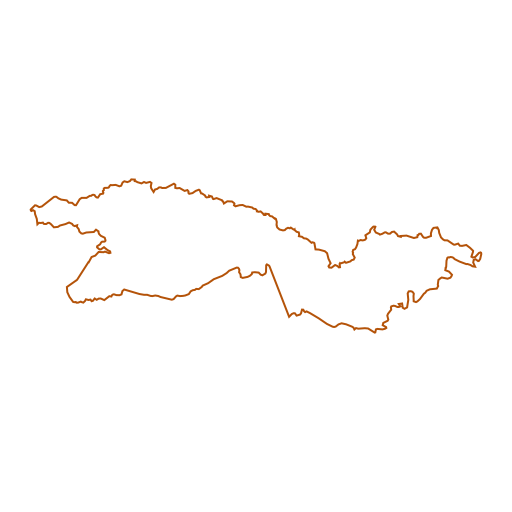 Teocelo, Veracruz, Mexico
{"feature_id": "50627088B17897683861413", "entity_name": "Teocelo", "entity_type": "district", "adm_level": 2, "iso_a3": "MEX", "parent_name": "Mexico", "parent_adm1": "Veracruz", "projection": "orthographic", "projection_center": [-96.937, 19.373], "detail": "fine", "context": "isolated", "style": "outline", "palette": "amber", "viewbox_px": 512, "rotation_deg": 0, "n_neighbors": 0, "source": "geoboundaries", "source_scale": "gbopen_adm2", "svg_char_len": 6036}
<svg xmlns="http://www.w3.org/2000/svg" viewBox="0 0 512 512"><path d="M475.5,259.2L478.1,261.1L478.9,260.9L480.2,258.9L481.3,254.0L481.1,252.8L480.5,252.4L479.0,252.9L475.2,257.0L472.8,257.5L471.4,256.7L473.0,251.9L473.1,250.8L470.0,247.8L466.3,245.0L462.0,245.9L459.8,245.7L458.2,243.6L454.8,244.7L453.7,244.6L447.5,240.4L444.5,240.3L443.0,239.4L441.0,237.4L439.2,232.9L438.8,230.1L437.5,227.6L436.9,228.0L436.6,227.5L433.5,227.9L432.0,229.8L430.9,233.4L431.0,236.0L426.0,237.8L424.0,237.7L423.0,236.9L420.9,233.7L419.2,233.8L418.3,235.1L417.6,235.1L417.3,237.2L413.9,238.0L406.5,235.6L400.6,236.0L400.7,236.8L398.0,236.1L397.1,234.4L394.1,231.6L391.9,232.0L390.0,233.7L388.1,233.7L385.8,232.3L384.7,232.4L382.3,233.8L379.9,234.6L379.3,234.0L375.8,232.5L374.2,229.8L375.7,226.0L375.1,226.7L373.4,226.6L372.5,227.4L370.4,229.7L369.8,232.4L365.4,235.3L366.3,238.2L365.3,239.6L363.8,240.2L362.3,240.4L360.7,240.0L358.7,240.9L357.9,240.6L357.4,244.1L356.1,247.5L355.0,249.2L353.2,249.9L352.6,251.8L353.1,252.7L352.8,254.1L354.7,257.6L353.7,259.6L351.6,260.2L350.4,261.4L346.0,262.8L344.7,261.7L344.4,262.2L340.3,263.5L340.0,263.2L339.6,263.9L340.0,267.2L338.9,267.4L337.4,266.0L335.1,265.0L331.5,267.7L329.2,267.5L328.5,266.2L330.6,263.2L328.5,258.8L327.1,253.2L324.8,251.2L318.9,249.6L315.5,249.4L314.4,243.2L314.1,242.8L312.5,242.3L311.5,242.8L307.8,239.5L306.2,238.6L303.9,238.3L302.0,236.8L298.9,236.2L299.2,234.5L298.8,232.4L296.6,231.8L294.7,230.1L294.6,229.5L294.3,229.8L293.4,229.4L290.8,227.6L289.8,228.3L288.0,227.8L286.2,228.7L284.8,230.1L283.0,230.4L279.5,229.5L277.4,227.6L276.9,226.7L276.8,225.3L276.5,225.0L276.8,222.0L275.9,218.9L274.9,218.3L274.6,218.6L272.1,216.4L270.2,216.1L269.1,215.1L268.8,214.1L265.5,213.7L265.5,215.0L264.0,215.0L263.5,214.5L263.6,214.1L260.6,211.4L258.7,211.8L257.0,211.4L257.2,210.8L255.6,209.0L253.5,208.7L252.2,207.5L248.0,206.6L246.3,206.7L242.7,205.0L239.5,205.2L235.5,206.3L234.0,205.3L234.5,203.8L234.1,203.1L232.0,201.5L227.3,201.3L223.9,203.5L223.3,201.9L222.6,201.4L222.7,201.1L222.1,200.3L216.6,198.1L213.5,199.1L213.0,198.9L211.9,196.5L209.1,195.7L209.3,197.0L206.5,197.4L205.4,196.6L205.2,195.6L202.1,193.5L201.1,193.4L199.7,190.2L198.9,189.7L195.7,190.9L192.5,193.1L189.2,193.8L188.4,192.9L188.5,191.4L187.4,190.1L184.6,190.9L179.6,188.0L177.0,188.3L175.3,187.9L175.3,184.7L173.9,183.7L165.9,187.9L162.1,188.0L160.9,187.4L159.1,187.4L157.2,188.9L155.0,189.5L153.6,192.0L151.2,188.3L150.8,186.1L151.5,183.0L150.0,181.9L146.1,182.9L144.0,182.0L141.5,183.4L137.2,182.1L136.3,181.4L134.7,181.1L134.8,179.6L131.3,179.4L129.9,181.1L127.4,182.1L124.3,181.3L122.6,182.5L121.2,185.7L119.4,186.3L115.7,184.9L111.9,185.2L110.7,185.0L109.8,185.7L108.8,187.4L108.0,187.8L104.7,187.9L103.8,188.5L103.8,190.2L102.9,190.9L102.9,191.7L103.4,192.8L103.1,193.6L100.2,194.2L97.9,197.6L96.6,197.4L95.4,196.4L94.6,195.1L93.7,194.8L92.4,194.9L91.2,195.8L89.7,195.9L86.5,197.9L81.6,197.9L79.7,199.2L76.0,205.2L74.6,205.1L72.1,202.8L68.8,202.7L66.8,200.4L61.2,199.6L58.3,198.3L56.4,196.8L55.5,196.7L54.0,196.9L41.8,206.5L39.2,207.1L36.3,205.5L35.0,205.3L30.7,209.5L30.9,210.6L31.5,211.0L33.1,210.2L34.7,211.2L35.1,214.2L36.8,218.9L37.4,224.3L38.9,222.8L40.9,223.0L42.9,222.6L43.7,223.8L44.7,224.0L46.2,224.0L48.1,222.8L49.3,222.9L50.9,224.1L53.9,227.3L57.9,226.9L60.0,225.5L65.4,224.1L69.1,222.5L72.1,223.9L73.2,225.4L74.7,226.1L77.1,225.3L76.8,226.7L78.7,229.1L79.4,231.6L81.3,233.4L82.8,233.7L86.3,232.5L93.8,232.0L96.0,229.7L98.5,231.4L98.5,232.4L99.1,234.0L100.8,235.8L104.7,237.7L105.5,240.3L105.3,241.0L104.6,241.6L102.1,241.7L101.1,242.5L100.1,244.3L97.1,246.3L97.1,247.4L99.5,249.4L100.8,249.4L104.0,247.2L107.4,250.0L110.1,251.4L110.4,252.8L109.0,253.2L105.0,251.6L103.6,252.2L98.6,252.0L95.3,255.6L91.6,257.0L88.7,262.3L88.4,262.2L77.1,279.8L66.9,287.0L67.3,292.2L69.5,296.9L73.1,301.9L74.3,302.2L75.8,302.0L76.4,302.7L77.9,302.7L80.8,301.6L81.6,302.1L83.3,302.6L85.0,301.0L85.9,299.3L88.5,300.0L90.5,299.6L91.6,301.2L92.9,300.8L94.7,298.5L96.7,299.8L98.7,298.6L100.7,298.5L104.3,300.1L109.3,296.2L111.4,296.5L111.9,295.3L113.0,294.5L113.9,294.3L116.4,295.1L119.5,295.2L121.5,294.4L122.4,291.1L124.2,289.5L139.4,294.0L144.0,294.8L147.2,294.8L150.5,295.9L152.4,296.1L155.2,295.5L158.3,296.0L160.5,297.0L171.8,299.7L173.6,299.1L176.0,296.4L177.3,295.6L180.0,296.1L182.9,295.9L185.2,295.5L188.8,294.1L190.7,291.3L192.8,290.2L194.9,289.9L196.2,288.9L198.8,289.1L201.7,287.0L202.7,285.6L208.1,283.2L213.8,279.2L222.2,275.9L226.6,273.1L229.2,270.7L236.7,267.6L238.0,267.7L238.9,268.7L239.4,270.1L239.1,272.2L240.5,274.4L240.8,277.1L242.7,277.9L247.6,276.9L249.9,275.8L251.8,274.1L252.2,272.5L254.8,272.2L258.7,272.6L260.7,274.7L262.4,275.3L265.3,273.6L266.0,272.0L266.2,265.2L266.9,264.4L269.0,265.6L269.5,266.3L289.1,316.8L291.8,314.0L293.7,313.2L294.9,313.3L296.6,315.6L300.0,314.6L301.0,313.4L302.0,309.6L303.3,309.7L304.0,311.1L305.1,312.1L306.6,311.4L310.0,313.1L318.7,318.3L326.9,323.9L332.6,326.7L334.1,327.0L335.7,326.6L338.5,324.4L341.6,323.3L346.1,324.3L352.1,326.7L353.5,327.6L354.4,329.5L356.0,328.1L358.3,328.7L364.8,328.2L368.1,328.5L374.7,332.6L375.3,332.4L375.9,329.4L377.3,328.9L382.5,329.4L384.9,328.8L386.3,328.0L386.1,327.1L382.7,325.2L383.3,322.9L387.6,320.8L388.3,319.6L387.3,315.6L388.0,313.8L391.2,309.7L390.9,307.3L391.3,306.4L393.6,305.7L395.2,306.0L397.4,307.0L398.8,307.0L400.3,306.4L398.8,304.0L402.1,303.5L402.7,307.7L404.5,308.8L407.1,307.4L408.3,299.9L407.7,293.4L408.7,291.4L410.5,291.2L411.9,291.5L413.1,292.5L413.8,293.7L413.5,296.0L413.7,301.3L416.0,302.1L417.4,301.4L420.0,299.0L423.9,293.7L425.3,292.7L426.6,290.8L429.9,289.3L436.8,288.6L438.2,286.0L437.8,284.8L438.4,280.0L440.0,278.6L441.7,277.5L447.6,278.7L450.4,277.7L451.5,276.1L452.0,274.8L449.0,271.6L445.3,270.2L445.6,267.9L445.9,267.9L446.2,266.7L446.5,260.7L447.4,257.8L448.2,257.3L449.2,257.5L450.3,257.0L452.0,257.2L453.4,257.8L454.6,259.1L459.6,261.6L466.3,264.1L467.4,264.0L470.5,265.0L472.5,266.3L475.1,266.7L473.2,262.5L473.7,259.9L475.5,259.2Z" fill="none" stroke="#b45309" stroke-width="2"/></svg>